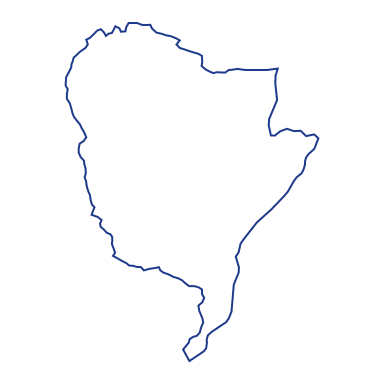 the district of Potiretama, Ceará, Brazil
{"feature_id": "56859067B9808487421198", "entity_name": "Potiretama", "entity_type": "district", "adm_level": 2, "iso_a3": "BRA", "parent_name": "Brazil", "parent_adm1": "Ceará", "projection": "orthographic", "projection_center": [-38.179, -5.778], "detail": "fine", "context": "isolated", "style": "outline", "palette": "blue", "viewbox_px": 384, "rotation_deg": 0, "n_neighbors": 0, "source": "geoboundaries", "source_scale": "gbopen_adm2", "svg_char_len": 2301}
<svg xmlns="http://www.w3.org/2000/svg" viewBox="0 0 384 384"><path d="M86.3,39.7L87.8,44.5L85.2,48.1L79.8,51.9L76.3,55.3L73.7,57.6L72.8,61.0L71.5,64.3L71.2,67.6L69.0,71.8L66.1,77.4L65.8,82.0L65.6,85.3L67.7,89.2L66.9,94.1L66.9,98.9L69.8,103.3L71.4,108.7L72.4,113.0L73.9,116.7L76.2,119.8L79.9,124.3L81.6,128.0L84.0,132.0L86.3,137.3L83.6,141.1L79.7,143.6L78.7,148.5L78.7,152.7L80.7,157.1L83.9,160.6L84.4,164.4L85.6,168.5L85.8,173.5L84.6,177.3L86.1,181.1L86.5,184.8L87.4,188.6L88.6,192.2L90.0,195.2L90.5,199.5L91.9,204.5L94.5,207.3L93.0,211.0L91.6,214.8L97.8,217.0L101.6,220.1L100.0,223.5L100.7,226.8L104.1,229.8L106.9,232.9L110.2,234.1L112.2,236.9L112.3,240.5L111.9,244.1L113.5,248.2L115.1,252.8L113.0,255.9L117.6,258.4L122.9,261.5L126.5,263.2L129.0,265.5L133.1,265.8L137.1,267.0L141.0,267.1L143.9,270.4L149.3,268.9L154.9,268.0L158.9,267.2L160.3,270.3L163.2,272.5L168.8,274.5L173.4,276.9L177.9,278.2L182.1,280.3L185.2,283.2L189.1,286.1L194.1,286.1L198.6,287.3L202.0,289.5L202.0,294.2L204.2,297.7L202.3,302.3L198.4,305.6L199.3,310.9L201.1,315.2L202.4,318.3L203.2,322.6L201.1,327.6L199.7,332.7L196.9,335.8L193.2,336.9L189.7,339.1L188.7,342.7L186.0,346.0L183.1,349.5L189.4,361.0L203.7,351.4L206.1,348.5L206.9,342.9L206.7,339.5L207.9,335.3L211.9,331.7L226.2,322.1L228.8,318.3L231.5,311.6L233.8,284.5L238.7,272.5L238.9,267.0L237.8,263.7L235.8,256.6L238.7,252.2L240.5,243.8L244.1,238.7L256.9,222.4L271.6,209.2L284.8,195.3L287.8,191.7L294.0,180.9L296.8,177.1L301.5,173.4L303.5,169.6L304.9,165.0L305.1,160.8L306.2,157.3L308.8,153.8L314.3,148.9L318.4,138.3L314.2,134.4L306.2,136.1L300.6,130.8L293.8,131.1L287.0,128.8L280.2,131.3L274.8,135.6L270.9,135.4L268.7,125.2L269.2,118.9L277.1,100.0L275.3,83.6L275.6,75.6L277.7,68.6L266.8,70.0L246.3,70.0L242.9,69.7L237.5,68.9L232.6,69.7L228.8,70.0L225.1,72.6L220.2,72.4L216.7,72.2L213.5,73.1L209.9,71.7L205.4,69.3L201.6,66.0L202.3,61.7L201.9,55.9L198.4,53.8L194.1,52.6L188.5,50.8L184.8,49.5L179.9,48.0L176.5,44.5L179.7,40.4L175.9,38.2L170.5,36.1L166.6,35.4L161.7,33.8L156.4,32.6L152.0,28.5L150.3,24.8L146.6,25.0L142.0,24.9L137.1,23.0L132.7,23.0L128.6,23.0L126.3,27.1L125.4,31.4L120.9,31.7L119.4,28.3L115.3,26.3L113.7,29.7L111.9,33.0L108.6,33.7L105.9,35.9L103.8,32.2L100.9,29.2L97.2,30.6L93.2,34.7L89.7,38.0L86.3,39.7Z" fill="none" stroke="#1e3a8a" stroke-width="2"/></svg>